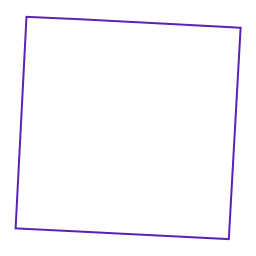 the district of Terry, Texas, United States of America, rotated 183°
{"feature_id": "52423323B33800517044511", "entity_name": "Terry", "entity_type": "district", "adm_level": 2, "iso_a3": "USA", "parent_name": "United States of America", "parent_adm1": "Texas", "projection": "albers", "projection_center": [-102.271, 33.174], "detail": "fine", "context": "isolated", "style": "outline", "palette": "violet", "viewbox_px": 256, "rotation_deg": 183, "n_neighbors": 0, "source": "geoboundaries", "source_scale": "gbopen_adm2", "svg_char_len": 233}
<svg xmlns="http://www.w3.org/2000/svg" viewBox="0 0 256 256"><g transform="rotate(183 128 128)"><path d="M235.0,21.9L21.5,22.3L20.8,234.0L180.5,234.1L235.2,233.7L235.0,21.9Z" fill="none" stroke="#5b21b6" stroke-width="2"/></g></svg>